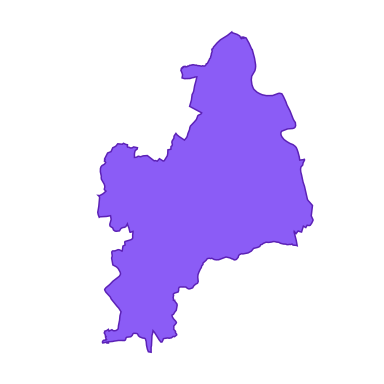 Arroyohondo, Bolívar, Colombia, rotated 349°
{"feature_id": "7082276B96996063551718", "entity_name": "Arroyohondo", "entity_type": "district", "adm_level": 2, "iso_a3": "COL", "parent_name": "Colombia", "parent_adm1": "Bolívar", "projection": "natural_earth1", "projection_center": [-75.04, 10.243], "detail": "fine", "context": "isolated", "style": "filled", "palette": "violet", "viewbox_px": 384, "rotation_deg": 349, "n_neighbors": 0, "source": "geoboundaries", "source_scale": "gbopen_adm2", "svg_char_len": 6016}
<svg xmlns="http://www.w3.org/2000/svg" viewBox="0 0 384 384"><g transform="rotate(349 192 192)"><path d="M133.9,333.5L135.2,331.9L135.8,330.7L136.2,330.5L140.2,330.6L141.7,331.2L144.1,331.2L145.8,330.2L147.3,330.7L149.7,329.4L149.8,328.7L148.9,326.9L149.2,326.1L149.1,325.4L147.8,323.2L148.2,322.3L148.5,320.2L151.4,317.8L151.8,317.1L151.4,315.8L149.8,313.2L148.9,310.9L148.8,309.4L149.0,308.9L150.4,308.6L152.2,306.6L154.0,305.1L155.8,300.4L155.9,299.1L154.1,295.5L154.3,295.1L153.2,294.8L153.5,294.3L153.2,293.6L153.5,292.6L153.3,291.9L154.2,290.1L154.0,289.6L154.3,288.5L155.8,287.9L159.3,287.5L160.1,286.1L160.5,284.1L161.3,283.1L162.6,283.0L167.9,284.1L168.3,284.8L169.9,286.3L170.8,286.6L171.8,286.6L174.3,286.2L176.0,284.3L178.0,283.2L180.0,282.6L181.0,281.1L181.4,276.7L182.1,274.3L183.5,272.0L185.5,269.2L186.7,268.0L187.4,266.4L188.9,265.3L189.0,264.4L189.5,263.7L192.7,261.8L194.4,260.3L196.5,260.4L197.7,261.0L198.8,260.8L200.9,262.5L202.8,263.2L205.3,263.6L213.0,262.3L216.8,264.0L218.5,265.3L218.9,265.3L220.5,266.7L221.9,266.8L222.8,266.6L224.8,265.0L225.7,263.2L227.0,262.4L229.2,262.0L230.0,262.5L235.5,262.5L239.0,261.3L241.7,259.1L246.0,258.9L248.1,258.4L249.3,256.9L250.7,256.8L252.0,256.1L255.1,255.4L257.5,256.1L260.9,256.3L262.0,256.1L263.9,256.5L265.2,257.2L267.7,258.0L269.0,259.2L271.8,260.5L274.2,261.1L275.0,261.7L276.1,262.0L277.5,262.0L279.0,262.4L280.1,262.2L280.5,262.4L281.0,263.4L284.2,264.3L285.0,264.8L285.1,259.6L284.6,250.7L284.8,250.2L286.2,252.7L288.8,250.5L290.5,251.6L291.9,252.2L294.8,246.8L296.9,248.6L298.7,246.6L300.6,247.3L301.7,247.2L303.5,245.5L305.4,242.9L305.5,242.3L304.5,238.2L307.7,228.2L304.3,222.4L303.9,221.3L303.5,207.9L302.9,203.4L302.8,196.2L302.6,193.1L302.9,190.3L303.7,188.2L305.8,186.7L306.6,184.6L308.5,182.2L308.6,181.5L308.5,181.3L307.1,181.5L303.8,181.2L304.0,178.1L303.7,173.4L303.3,170.4L302.8,168.3L302.1,167.0L300.2,164.8L297.4,163.0L294.8,160.7L292.3,158.0L290.9,155.3L290.4,153.7L290.3,152.1L290.6,150.7L291.5,149.5L293.3,149.1L298.0,148.3L303.0,148.9L304.4,148.7L305.5,148.1L306.4,146.7L306.7,143.5L305.8,141.5L305.2,139.5L303.7,131.2L301.8,124.6L301.3,121.1L299.9,115.5L298.9,112.7L296.9,111.8L295.6,111.7L289.5,112.7L283.4,111.6L279.6,110.0L277.2,108.4L274.9,106.5L272.3,103.0L271.7,100.8L271.3,97.9L271.6,93.2L272.7,89.7L276.9,84.9L277.8,82.9L278.4,81.0L278.7,79.1L278.9,72.7L278.3,63.6L277.9,63.4L276.4,56.9L274.5,51.1L272.1,49.8L272.0,50.2L273.5,50.8L272.6,50.7L272.1,50.9L271.9,50.8L272.1,50.5L271.8,50.4L271.0,50.5L270.9,50.2L271.2,50.1L270.7,49.5L269.6,51.5L269.9,50.7L269.2,50.0L268.7,48.0L266.4,45.9L261.7,43.2L261.6,42.5L256.6,45.1L249.0,48.0L245.3,50.3L240.7,53.9L239.9,55.2L238.8,55.6L238.6,56.3L238.7,57.7L237.4,59.9L237.1,60.7L237.2,61.1L236.3,62.3L235.7,63.9L234.7,64.6L233.7,66.2L233.0,66.8L232.8,67.3L231.5,68.8L230.5,68.9L230.2,69.6L228.8,70.7L227.9,70.7L226.4,70.1L225.2,70.3L223.8,69.6L221.4,68.9L220.3,68.2L219.9,68.3L217.2,67.2L216.0,67.4L215.6,67.2L215.1,67.4L213.9,67.2L212.4,67.8L211.7,67.6L211.3,68.0L209.8,68.0L209.2,67.7L210.2,67.6L208.0,67.2L207.7,67.4L208.3,67.6L207.2,67.5L207.6,67.3L206.9,67.5L206.3,68.0L206.7,68.0L206.3,68.3L206.6,68.3L205.0,69.3L205.3,68.7L205.0,68.9L204.4,70.5L204.9,73.3L205.1,75.2L204.0,78.1L206.2,79.3L211.7,80.2L214.3,79.9L215.7,80.0L216.7,79.7L218.7,79.9L217.4,83.0L214.8,88.3L213.0,93.1L212.2,94.5L210.7,96.4L209.0,101.6L206.0,107.5L216.6,116.1L216.2,116.7L215.2,117.3L213.0,117.8L212.3,118.2L210.2,121.6L207.6,123.7L203.1,126.9L202.2,128.3L201.4,130.4L199.2,133.8L198.1,136.1L197.1,137.5L194.5,139.6L190.1,135.3L188.2,133.0L187.4,131.4L185.3,133.4L184.9,134.1L184.5,135.7L182.1,138.3L181.7,139.6L181.8,141.5L181.2,142.8L180.1,143.3L179.4,146.0L176.4,146.0L175.5,149.8L174.7,151.7L170.7,156.0L169.6,156.1L166.4,153.1L163.8,155.1L161.9,154.1L160.8,154.2L155.1,147.7L150.9,147.2L148.4,147.6L146.0,146.6L144.1,147.3L142.1,147.1L142.8,143.5L143.7,141.2L144.4,140.4L146.4,139.4L146.9,138.1L143.3,136.6L141.7,137.2L140.1,137.1L138.6,136.0L137.3,135.6L137.2,134.8L137.7,133.5L137.7,133.3L136.2,132.7L134.0,131.1L132.7,131.8L128.3,130.5L126.2,132.3L124.8,132.9L122.7,133.4L120.2,136.9L116.6,137.6L112.4,143.0L112.8,143.7L111.9,144.9L112.7,145.8L112.9,146.6L111.4,148.0L108.7,148.9L107.4,150.0L106.6,151.5L105.9,154.7L106.0,159.2L105.6,160.7L105.5,162.2L107.3,167.4L107.5,169.3L107.3,170.7L106.5,172.3L106.4,172.9L107.7,174.7L105.0,176.4L103.6,177.0L100.7,177.9L99.3,177.5L100.2,178.8L100.2,179.9L97.8,188.2L95.6,194.0L95.6,196.3L96.1,199.1L96.9,198.8L103.5,199.7L107.5,199.7L107.4,203.5L105.2,207.9L105.0,209.3L105.2,210.1L105.8,210.7L107.3,212.1L107.7,214.3L108.9,215.6L110.1,216.1L113.4,216.3L115.0,214.5L115.9,214.0L117.5,213.7L119.0,213.8L120.4,213.4L122.5,211.0L122.5,212.1L123.2,215.0L123.4,219.5L124.0,219.8L126.5,219.4L126.3,220.6L125.6,222.6L125.0,225.8L124.6,226.5L122.9,227.2L116.8,227.8L116.4,228.4L116.2,231.2L113.9,231.9L112.3,236.4L112.0,236.7L109.9,235.0L108.5,234.5L105.1,235.1L102.8,234.7L102.0,235.3L101.7,236.1L101.5,239.6L100.5,241.5L100.4,248.5L103.6,251.1L104.9,253.0L106.1,256.6L106.3,258.1L106.0,259.3L104.5,260.9L97.3,264.5L93.5,267.2L89.3,269.5L87.7,270.9L87.7,271.9L88.4,274.0L91.7,279.3L92.3,281.7L96.7,290.0L97.9,291.9L99.5,296.0L97.7,299.7L96.4,304.1L94.3,309.2L93.5,312.0L92.8,312.7L91.1,313.5L89.0,313.4L88.1,313.0L87.1,311.9L84.0,312.7L83.7,310.9L81.9,311.7L79.7,312.0L79.8,312.7L79.0,313.4L79.0,313.9L79.5,315.0L79.6,316.5L80.0,317.6L79.4,317.8L79.7,319.3L79.4,319.9L79.9,320.5L79.4,320.8L76.8,320.7L75.7,321.6L75.4,322.8L75.6,323.2L79.6,323.1L79.5,323.8L80.7,323.8L80.7,324.3L81.2,324.3L81.3,323.1L85.8,323.6L87.0,323.5L91.4,323.7L97.5,324.9L98.4,324.5L99.6,322.4L100.3,322.1L104.3,322.4L106.0,321.3L106.9,320.0L107.8,319.6L110.0,320.1L111.2,320.6L111.7,321.5L111.9,322.8L113.1,324.3L115.6,325.9L117.7,326.6L118.2,327.3L118.5,330.1L118.1,333.8L118.2,337.7L118.7,340.5L121.3,341.5L122.2,336.7L122.9,335.1L125.3,325.3L126.2,323.6L127.3,320.7L128.7,323.4L131.6,331.0L132.9,333.4L133.9,333.5Z" fill="#8b5cf6" stroke="#5b21b6" stroke-width="1.5"/></g></svg>